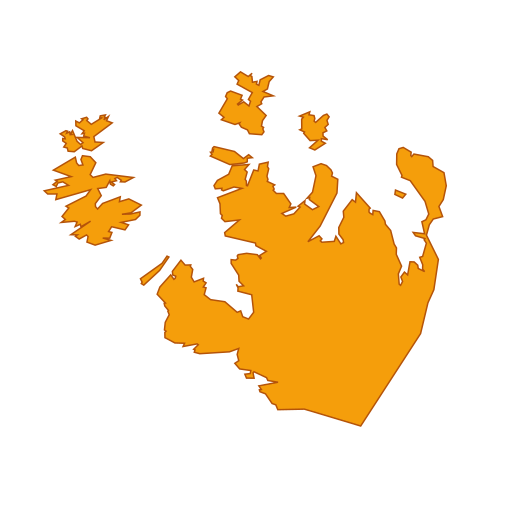 Måsøy nor, Finnmark, Norway (Albers equal-area conic projection), rotated 351°
{"feature_id": "86288312B81169350398117", "entity_name": "Måsøy nor", "entity_type": "district", "adm_level": 2, "iso_a3": "NOR", "parent_name": "Norway", "parent_adm1": "Finnmark", "projection": "albers", "projection_center": [24.684, 70.867], "detail": "fine", "context": "isolated", "style": "filled", "palette": "amber", "viewbox_px": 512, "rotation_deg": 351, "n_neighbors": 0, "source": "geoboundaries", "source_scale": "gbopen_adm2", "svg_char_len": 6073}
<svg xmlns="http://www.w3.org/2000/svg" viewBox="0 0 512 512"><g transform="rotate(351 256 256)"><path d="M454.7,203.1L444.9,195.3L445.4,189.2L441.7,184.9L427.9,180.0L425.4,182.2L424.6,181.0L425.5,177.7L418.4,171.8L414.0,172.4L411.0,177.2L409.2,187.6L412.8,199.2L412.0,200.9L420.1,205.7L431.5,228.5L433.2,241.6L429.5,246.8L425.2,248.1L426.0,260.4L414.9,257.3L416.7,261.0L425.6,265.2L424.6,266.3L426.3,270.0L420.5,282.5L417.5,282.9L419.3,290.8L418.5,294.8L420.1,297.8L414.3,293.7L414.3,290.4L411.3,286.6L407.2,285.8L402.8,298.4L400.1,295.1L395.8,299.4L396.8,304.1L394.2,307.6L393.0,306.2L393.8,295.9L398.2,288.8L394.8,276.3L396.0,270.0L394.3,265.8L393.0,251.9L388.8,244.9L388.8,241.6L384.8,231.5L378.8,229.3L377.8,233.4L375.4,231.6L374.5,230.2L375.0,227.4L376.3,226.6L365.1,209.2L362.7,218.4L359.8,215.4L349.2,225.4L348.8,231.5L342.2,240.8L341.3,247.3L344.6,253.5L344.6,256.4L341.7,257.3L338.0,249.0L335.6,253.8L323.2,252.7L321.9,251.1L323.8,249.4L321.5,245.9L309.5,250.0L324.0,236.5L345.8,206.5L348.8,193.0L343.2,189.0L344.5,186.0L343.5,182.6L339.8,177.7L334.7,175.0L326.3,176.8L327.8,186.1L321.8,201.8L315.5,206.9L318.2,206.7L317.5,208.6L325.7,217.0L319.0,219.1L312.1,212.3L313.0,209.0L305.3,213.4L307.2,214.6L300.0,220.3L291.6,221.3L288.2,218.0L303.4,214.0L296.4,213.3L298.6,210.0L293.1,198.6L285.9,197.4L283.2,193.7L284.4,192.7L283.6,189.7L285.6,188.7L278.8,184.1L279.8,182.2L279.3,178.9L282.2,171.8L281.3,169.5L282.7,165.2L273.7,165.8L271.3,172.3L267.2,170.7L258.6,185.3L257.6,184.9L258.2,180.5L257.3,178.6L260.4,171.7L258.2,168.8L263.4,164.5L246.6,163.2L241.8,171.0L229.7,175.3L225.5,179.9L226.3,183.3L232.9,183.8L232.3,185.3L233.9,186.5L245.0,184.4L252.7,187.0L227.1,192.4L228.6,198.8L227.5,208.6L229.0,210.7L227.8,213.3L230.7,217.2L245.3,217.8L228.7,228.0L228.8,231.4L257.5,243.1L257.5,245.8L267.0,253.0L259.7,256.1L260.9,258.8L260.0,259.5L257.5,254.9L247.2,251.9L238.6,251.9L237.5,253.0L237.8,255.6L235.2,256.9L230.9,255.7L230.3,259.4L235.9,272.2L235.3,278.3L239.1,283.5L233.6,283.6L232.1,280.9L233.3,284.6L232.6,287.9L245.7,293.6L244.9,311.2L238.8,317.1L233.4,313.9L232.3,307.8L228.6,308.7L218.1,296.3L204.3,292.0L198.8,286.1L201.7,279.6L199.1,278.4L202.5,274.7L199.9,272.5L200.7,269.8L190.8,271.9L188.8,266.8L191.4,259.4L189.5,256.0L190.2,254.6L184.6,253.9L181.2,248.4L171.0,258.1L170.8,261.7L173.6,263.4L172.8,265.3L171.3,266.2L168.8,261.3L156.2,271.6L152.4,278.3L159.2,288.3L157.9,288.4L158.1,291.1L161.0,296.1L160.3,296.8L161.1,300.4L156.0,307.3L154.0,314.7L155.4,316.2L154.0,317.3L153.3,322.4L162.3,329.2L171.8,331.0L169.8,334.0L184.1,333.6L185.1,334.6L179.8,338.4L181.1,339.2L180.0,341.4L185.2,343.7L214.8,346.5L224.5,344.6L222.0,350.3L222.6,356.7L218.3,358.7L222.2,365.0L233.0,368.3L231.9,371.2L226.5,371.0L227.5,375.1L235.0,376.4L234.8,370.9L235.9,370.0L247.4,377.8L248.2,380.8L258.0,384.1L238.5,384.7L240.4,388.7L238.4,388.7L238.7,390.7L243.8,393.6L248.8,404.2L252.3,406.1L253.5,411.2L279.8,414.8L332.8,440.3L406.4,358.4L418.5,329.1L426.4,317.1L435.6,287.9L427.6,262.1L432.1,252.2L436.9,247.2L446.5,246.3L444.4,235.7L449.8,229.6L454.9,216.4L454.7,203.1ZM107.8,132.0L100.3,129.8L98.2,133.3L99.3,139.0L95.1,138.9L93.4,136.1L93.0,130.1L69.3,139.5L85.9,148.7L69.7,149.7L71.3,151.1L66.6,153.8L69.6,156.1L71.7,152.9L76.8,152.5L81.9,156.9L57.1,158.5L60.0,162.2L69.1,163.6L67.1,169.0L103.1,164.6L97.5,170.2L76.1,177.1L78.6,179.3L70.6,186.6L73.4,190.1L68.9,192.4L82.1,193.3L84.6,194.5L82.0,198.6L87.4,197.2L87.7,199.7L98.1,195.7L76.5,206.0L82.9,207.2L80.7,208.3L84.0,211.6L91.9,208.7L93.2,210.5L91.2,215.8L98.8,220.1L115.3,217.9L107.4,214.3L114.3,215.5L117.4,210.2L114.2,208.8L118.0,204.5L130.7,209.7L135.0,205.3L128.1,201.7L142.7,201.1L147.7,197.6L148.3,194.3L138.5,194.9L130.1,193.8L139.2,193.8L150.7,187.8L139.3,179.7L129.6,181.0L131.2,176.3L112.7,180.1L106.9,184.8L105.2,182.1L105.5,179.1L112.6,172.2L110.2,164.6L118.8,164.8L123.4,158.7L123.4,162.2L126.0,164.4L127.5,163.3L124.6,160.3L130.0,159.8L128.7,157.4L131.2,156.7L134.8,160.1L133.7,161.5L138.2,162.4L147.2,159.3L120.4,151.6L107.3,152.9L104.9,149.7L112.4,138.8L107.8,132.0ZM276.4,77.5L269.5,71.7L263.1,75.7L266.4,80.0L264.2,83.3L277.9,94.0L273.0,100.2L274.8,102.3L272.5,106.7L268.0,101.8L262.1,104.1L261.5,103.0L267.1,99.9L265.2,98.7L267.4,95.1L256.7,89.1L253.1,90.2L250.9,93.7L252.3,96.2L241.7,109.1L246.1,114.0L243.1,116.0L255.8,122.8L260.9,121.9L260.0,122.9L261.7,126.5L267.3,130.1L268.6,134.2L280.7,137.1L283.3,134.6L282.6,131.5L283.6,130.2L281.7,128.6L283.6,123.3L288.0,118.8L280.2,108.5L285.5,106.5L285.0,104.5L288.8,100.2L298.1,100.5L288.6,94.6L293.4,92.8L296.3,85.8L301.1,81.8L296.7,79.7L287.7,82.6L285.5,87.9L283.3,86.3L284.3,83.7L279.7,83.8L280.0,78.0L278.3,76.6L280.8,74.9L276.4,77.5ZM127.9,94.9L129.3,93.1L124.1,93.2L123.0,95.9L126.1,95.1L113.9,100.2L110.0,95.7L111.5,94.3L110.4,92.5L105.2,93.2L106.4,94.4L102.4,96.9L99.1,94.5L98.5,99.2L105.9,105.4L103.3,108.0L105.8,107.9L104.6,110.6L110.5,113.2L97.9,110.9L102.9,117.0L100.2,118.4L97.2,114.7L94.4,103.4L92.3,106.0L93.3,107.2L91.4,107.1L91.4,104.2L88.1,105.1L89.4,103.2L87.8,102.5L81.7,104.7L85.6,108.4L85.9,110.4L83.5,109.7L83.1,112.1L86.2,115.1L83.2,118.3L86.5,119.8L86.8,123.1L92.8,124.6L101.3,120.1L101.7,122.7L110.0,126.3L122.9,120.0L114.8,118.2L114.5,112.7L134.8,102.0L129.5,99.0L132.1,95.1L127.0,97.7L128.8,95.5L127.9,94.9ZM331.7,122.0L320.9,124.6L324.5,126.3L322.5,128.0L321.1,137.6L319.0,138.2L323.3,141.1L322.3,142.3L327.5,150.5L335.4,151.3L325.8,157.5L330.7,160.5L342.1,155.5L338.5,152.8L338.9,150.3L345.0,152.4L341.0,148.0L341.4,144.8L345.5,143.5L344.1,139.8L347.9,137.3L347.3,133.1L350.0,130.0L348.2,126.9L344.6,127.7L335.8,133.4L334.5,131.9L335.6,129.5L335.3,126.4L330.4,124.8L331.7,122.0ZM251.1,149.4L231.7,141.4L230.0,142.6L229.2,144.8L230.7,144.3L229.9,146.5L227.3,146.4L228.5,148.7L226.5,150.1L244.5,161.6L258.9,162.3L262.1,161.6L262.7,158.1L267.7,158.3L264.6,154.8L258.8,157.8L251.1,149.4ZM140.6,267.2L158.5,255.2L169.8,243.4L168.1,242.2L162.1,248.5L138.3,260.4L139.4,264.0L138.4,265.3L140.6,267.2ZM413.6,218.4L404.1,212.7L402.8,216.9L409.8,221.7L413.6,218.4Z" fill="#f59e0b" stroke="#b45309" stroke-width="1.5"/></g></svg>